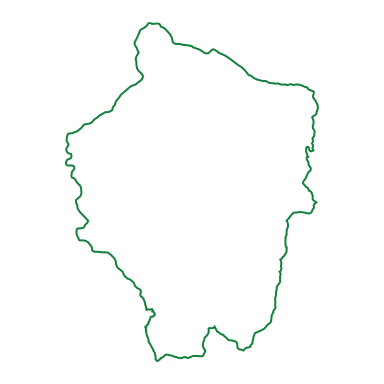 outline of Argelia, Cauca, Colombia
{"feature_id": "7082276B47350774570245", "entity_name": "Argelia", "entity_type": "district", "adm_level": 2, "iso_a3": "COL", "parent_name": "Colombia", "parent_adm1": "Cauca", "projection": "albers", "projection_center": [-77.261, 2.327], "detail": "fine", "context": "isolated", "style": "outline", "palette": "green", "viewbox_px": 384, "rotation_deg": 0, "n_neighbors": 0, "source": "geoboundaries", "source_scale": "gbopen_adm2", "svg_char_len": 5920}
<svg xmlns="http://www.w3.org/2000/svg" viewBox="0 0 384 384"><path d="M153.2,23.9L151.6,23.7L149.9,23.0L148.6,23.3L147.8,23.9L147.5,24.8L146.3,26.2L143.3,28.4L140.7,29.6L139.8,30.9L139.1,33.4L138.3,34.7L137.2,37.5L134.5,42.6L134.8,44.8L136.8,48.0L137.7,50.7L138.7,52.3L138.2,53.6L136.6,56.1L135.9,57.8L135.8,60.1L136.3,61.7L136.6,66.3L137.2,68.5L138.1,70.3L141.9,74.1L142.9,75.8L142.9,77.0L142.0,79.4L135.4,84.6L131.1,86.0L120.9,94.8L118.4,98.5L116.9,99.9L116.1,101.2L115.4,102.8L115.0,104.6L112.8,107.4L112.3,109.9L111.7,110.6L108.8,111.9L107.9,112.1L105.3,112.2L104.6,112.6L99.0,115.8L97.8,117.2L94.6,119.2L91.6,122.5L90.7,123.1L89.8,123.5L84.5,124.5L83.7,124.9L81.4,127.9L80.0,128.9L78.0,130.7L76.4,131.6L74.0,132.4L72.4,133.2L68.1,133.7L67.7,134.5L66.9,137.4L66.5,140.3L67.1,141.9L68.5,144.1L68.4,145.1L67.9,146.0L66.5,148.1L66.2,149.2L66.3,149.9L66.5,150.9L67.4,152.5L68.0,153.1L68.8,153.5L70.5,153.7L71.2,154.2L71.5,155.9L71.2,157.4L70.6,158.3L67.2,159.8L66.3,161.5L66.0,162.5L66.1,164.0L66.5,164.8L67.2,165.3L68.0,165.5L72.3,165.5L73.9,166.3L74.2,166.9L74.3,167.6L74.2,169.3L73.0,170.5L71.9,171.9L71.4,176.2L72.1,177.6L74.6,178.6L77.6,183.3L79.8,185.2L81.0,187.7L81.4,191.7L81.4,193.4L80.7,195.4L79.7,196.9L76.2,199.8L75.9,200.6L76.2,203.3L77.2,204.8L77.6,208.5L79.1,210.8L80.5,212.7L85.4,217.7L86.4,219.0L87.9,220.3L87.8,222.1L87.3,222.9L85.2,224.7L84.1,227.0L83.5,227.7L81.9,228.2L79.2,228.3L77.3,228.7L76.8,229.3L76.5,231.0L76.5,233.6L76.7,234.5L77.7,236.9L78.3,237.5L78.6,238.3L78.6,239.2L79.2,240.0L79.9,240.4L83.5,240.4L86.0,241.0L88.2,242.4L91.6,246.7L91.9,247.7L92.2,250.3L92.7,251.0L94.3,251.7L95.5,251.8L98.1,251.8L102.0,252.3L107.3,252.4L110.3,254.3L113.6,257.5L114.7,259.0L115.8,261.3L115.9,263.9L117.2,267.1L117.7,267.8L122.5,271.6L123.5,274.0L124.9,276.4L125.8,277.0L127.4,278.6L129.9,279.4L132.6,281.6L133.9,282.9L134.9,285.7L135.4,286.4L137.3,288.1L139.2,289.0L140.5,290.0L140.8,290.6L140.9,291.5L140.3,294.0L140.4,295.6L141.0,296.5L142.0,297.0L143.5,299.0L144.3,300.8L144.5,301.7L145.0,302.4L145.3,304.9L146.0,306.6L146.0,307.8L146.5,309.8L146.8,309.9L147.4,309.2L149.7,309.7L151.2,309.2L152.2,309.2L152.7,310.1L152.3,311.3L153.4,311.3L153.8,312.7L154.4,313.1L154.7,313.9L154.8,314.8L154.6,315.4L153.8,315.7L152.5,316.8L151.1,316.7L150.5,317.4L149.4,321.1L148.8,321.7L148.3,322.8L148.4,324.1L147.3,324.7L146.6,325.8L146.3,326.8L145.4,326.7L145.3,327.3L146.0,329.0L146.0,331.7L147.2,336.4L148.2,338.3L148.9,342.4L150.0,343.7L152.2,348.1L153.0,349.1L153.3,350.6L154.8,353.0L155.1,353.9L155.5,356.3L155.6,359.3L157.0,361.0L158.3,360.7L159.0,360.0L160.1,359.4L160.4,358.3L162.6,357.4L163.4,356.8L164.2,355.8L165.7,354.8L166.8,354.6L167.8,354.7L170.2,355.4L172.1,355.7L173.3,356.1L174.3,356.8L176.4,357.0L178.5,357.9L181.1,358.2L182.1,358.0L183.4,357.3L185.0,357.0L187.5,358.0L188.1,358.0L192.9,356.0L194.9,355.9L201.5,356.3L203.1,355.8L205.2,351.1L205.1,349.8L204.3,349.3L203.8,348.6L202.9,346.0L203.2,342.4L204.3,339.7L204.5,338.1L205.1,337.1L206.8,335.7L208.3,333.3L208.7,331.3L208.6,328.5L209.3,328.1L212.4,328.1L213.7,327.8L214.6,326.6L217.2,331.6L218.7,332.3L221.2,334.2L223.4,335.0L224.0,335.8L226.5,337.9L227.2,338.8L228.6,340.1L231.6,340.4L234.8,341.2L236.2,341.8L237.2,343.5L237.5,347.5L238.1,348.6L238.8,349.1L242.3,350.0L243.4,350.5L245.1,348.6L246.3,347.8L249.5,347.2L250.5,346.6L250.6,345.4L250.9,344.9L252.1,343.7L252.6,342.8L252.5,340.7L253.1,339.8L253.5,336.9L254.9,333.2L262.4,329.8L264.4,328.5L266.2,326.5L267.6,324.7L270.5,322.6L271.1,321.1L271.8,315.1L272.5,313.6L273.3,312.6L273.5,312.2L273.3,311.0L274.1,309.7L275.2,308.6L275.4,308.0L275.5,307.3L275.1,304.8L275.4,302.2L275.1,299.0L276.0,294.9L276.2,291.3L276.7,289.6L276.8,286.8L277.5,285.5L278.7,284.2L280.1,281.9L280.1,276.5L280.7,274.0L280.3,272.9L279.5,271.8L280.6,271.0L281.5,267.9L280.9,266.3L281.4,263.7L281.1,261.8L280.3,259.5L281.7,258.9L282.6,257.0L283.3,256.8L284.2,255.8L286.5,252.0L286.7,247.1L285.7,246.5L285.5,245.0L285.4,240.2L285.6,238.5L285.4,237.3L286.6,234.9L286.6,230.6L287.3,228.8L287.6,227.2L288.1,226.6L287.8,223.5L287.5,222.2L286.7,221.1L286.7,220.5L288.3,218.9L292.2,213.9L293.2,213.1L294.7,212.5L296.1,212.6L300.0,212.0L300.9,212.1L303.4,212.4L308.6,213.5L309.2,213.5L310.6,213.0L311.5,212.3L312.5,209.8L313.7,208.3L313.9,207.1L313.7,205.6L313.9,204.7L315.1,203.3L316.3,202.4L313.9,200.7L313.2,199.9L312.7,199.1L312.6,198.1L312.8,196.0L311.5,192.3L310.2,191.1L308.7,190.5L308.4,189.0L307.8,188.0L305.8,186.7L304.2,184.6L303.1,183.6L302.9,182.9L303.5,181.3L305.7,178.2L308.1,172.7L308.9,171.8L310.2,170.9L310.8,169.0L310.8,168.0L308.6,164.9L308.4,162.4L306.8,159.3L306.7,157.7L307.0,157.0L308.1,156.9L306.1,151.6L306.2,148.7L306.4,147.3L307.5,146.9L308.6,147.3L309.4,150.2L309.7,150.6L311.0,151.3L313.4,150.5L312.7,149.1L312.5,148.5L313.1,145.5L312.9,144.7L311.9,143.6L313.2,141.0L312.5,139.1L312.6,138.1L314.2,135.9L314.6,131.0L313.7,129.4L312.8,128.2L312.8,125.6L313.4,124.7L313.6,121.7L313.4,120.4L312.2,117.4L312.6,116.5L315.0,115.2L316.5,113.8L316.5,111.8L317.0,111.1L318.0,107.4L317.3,104.3L315.1,100.1L313.3,97.8L313.0,96.1L313.7,93.7L313.8,91.9L313.6,91.6L313.1,91.2L311.6,90.8L310.9,90.3L309.7,90.0L308.2,89.2L307.3,87.5L306.7,87.2L305.6,87.3L302.4,85.6L298.7,84.6L297.4,84.4L293.7,84.9L292.7,84.8L292.0,84.3L290.1,84.3L287.3,85.1L284.8,84.4L282.6,84.6L280.7,84.5L278.0,83.4L276.0,83.6L269.4,82.9L268.6,82.7L267.0,81.6L265.5,81.0L262.2,80.9L257.4,79.7L255.4,78.7L254.1,78.2L251.4,76.0L250.4,75.5L248.9,75.2L248.3,74.7L244.9,70.3L241.2,66.8L239.3,65.8L235.7,63.2L230.4,59.1L224.8,55.4L218.2,52.5L217.7,51.7L214.0,49.4L213.1,49.4L211.7,50.0L208.9,52.8L208.0,53.4L206.0,53.4L205.0,53.1L199.6,49.6L193.0,47.3L192.0,46.3L191.0,45.9L185.8,45.0L183.2,44.9L181.2,44.3L178.6,43.9L176.1,44.0L174.2,43.4L173.4,42.9L172.6,41.5L172.1,38.5L171.3,36.6L169.8,33.9L164.9,28.7L163.2,27.5L162.3,27.3L161.1,26.8L159.9,24.6L159.3,23.9L157.0,23.5L153.2,23.9Z" fill="none" stroke="#15803d" stroke-width="2"/></svg>